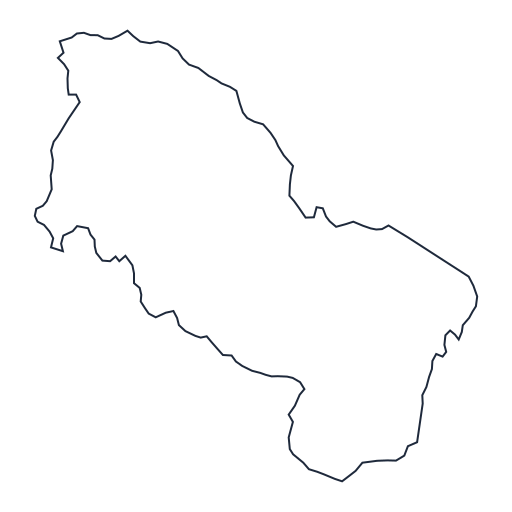 the district of Guamiranga, Paraná, Brazil
{"feature_id": "56859067B35247674818537", "entity_name": "Guamiranga", "entity_type": "district", "adm_level": 2, "iso_a3": "BRA", "parent_name": "Brazil", "parent_adm1": "Paraná", "projection": "orthographic", "projection_center": [-50.848, -25.173], "detail": "fine", "context": "isolated", "style": "outline", "palette": "slate", "viewbox_px": 512, "rotation_deg": 0, "n_neighbors": 0, "source": "geoboundaries", "source_scale": "gbopen_adm2", "svg_char_len": 2140}
<svg xmlns="http://www.w3.org/2000/svg" viewBox="0 0 512 512"><path d="M388.5,225.5L382.0,229.1L376.2,229.5L370.7,228.4L363.1,225.8L353.3,221.7L345.9,224.1L336.1,226.8L329.7,221.3L326.0,216.5L322.8,208.3L316.6,207.2L313.9,217.3L305.6,217.6L299.2,208.2L294.0,201.0L289.4,195.7L289.9,184.3L290.9,175.4L293.0,166.0L283.8,155.4L278.1,146.1L275.4,140.1L270.5,132.8L263.1,124.3L254.3,121.7L247.2,118.0L242.9,112.5L239.8,103.4L236.4,90.9L229.9,86.8L221.5,83.4L216.6,80.1L208.8,76.0L198.4,68.0L189.0,64.6L182.6,58.4L178.0,51.0L167.3,43.9L158.1,41.5L150.1,43.2L140.3,41.6L133.2,36.1L127.5,30.7L118.6,35.9L111.5,38.9L104.4,38.5L97.7,35.2L90.4,35.1L83.9,32.8L76.9,33.5L71.7,37.5L59.8,41.3L63.5,52.7L57.9,57.9L64.1,64.2L68.3,70.7L67.5,78.4L67.8,88.3L68.7,94.6L76.1,94.6L79.7,102.1L68.7,118.3L60.8,131.5L57.4,136.9L53.7,141.7L51.1,150.5L52.9,160.2L52.3,168.7L50.7,175.4L51.7,189.3L46.7,201.2L42.8,205.8L36.3,208.8L34.8,215.9L37.6,221.7L44.0,224.9L49.6,231.6L53.2,238.3L51.0,247.4L62.9,251.2L61.1,243.7L63.3,235.6L72.7,231.2L77.1,226.1L88.1,228.2L90.5,234.6L94.5,239.6L94.8,246.5L96.3,252.9L102.4,260.6L110.1,261.2L115.6,256.5L119.3,261.2L125.4,255.8L132.4,265.3L134.0,273.4L134.0,283.2L139.7,287.9L141.3,294.8L140.7,301.5L145.0,308.2L148.7,313.6L155.7,317.3L165.8,312.7L173.4,311.0L177.1,318.0L178.9,325.1L185.4,331.1L195.4,335.9L200.7,337.6L206.7,336.3L211.7,342.3L217.4,348.8L222.9,355.0L231.6,355.5L235.9,361.5L242.3,366.0L252.1,370.8L260.3,372.9L265.6,374.8L271.6,376.4L277.7,376.2L287.1,376.6L292.7,377.9L300.1,382.2L304.4,389.1L299.7,394.7L294.9,405.7L288.7,414.6L292.9,421.9L288.7,437.4L289.8,449.1L293.1,454.3L303.3,462.7L308.9,469.2L317.3,471.8L323.8,474.3L334.9,478.9L342.1,481.3L348.9,476.1L355.6,470.9L362.4,462.7L370.2,461.7L377.0,460.8L387.4,460.4L396.0,460.6L404.3,455.6L407.9,446.2L417.1,442.2L422.7,403.6L422.3,395.2L426.4,387.0L429.1,376.9L431.9,369.1L432.4,361.0L436.2,354.0L442.6,356.6L446.2,351.9L444.4,344.9L445.4,335.3L450.1,330.5L455.0,334.6L458.7,339.5L461.8,332.0L462.8,325.2L469.2,317.8L472.6,311.5L475.9,306.3L477.2,296.5L473.4,285.7L468.7,276.6L407.8,237.3L388.5,225.5Z" fill="none" stroke="#1e293b" stroke-width="2"/></svg>